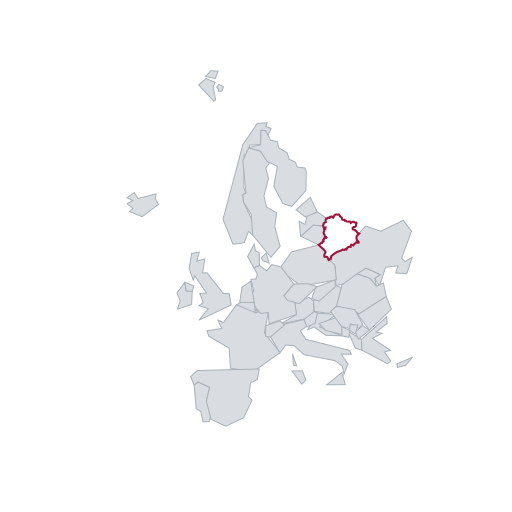 Europe, with Belarus highlighted, rotated 324°
{"feature_id": "BLR", "entity_name": "Belarus", "entity_type": "country or territory", "adm_level": 0, "iso_a3": "BLR", "parent_name": "Europe", "parent_adm1": "", "projection": "orthographic", "projection_center": [28.129, 53.705], "detail": "medium", "context": "in_parent", "style": "outline", "palette": "rose", "viewbox_px": 512, "rotation_deg": 324, "n_neighbors": 37, "source": "natural_earth", "source_scale": "50m", "svg_char_len": 9198}
<svg xmlns="http://www.w3.org/2000/svg" viewBox="0 0 512 512"><g transform="rotate(324 256 256)"><path d="M310.1,83.9L319.8,82.9L325.0,91.5L320.7,93.9L315.1,106.0L312.9,105.9L310.1,83.9ZM343.2,161.7L336.3,165.6L337.4,160.2L333.9,157.2L325.2,168.6L315.8,162.4L310.9,169.3L305.7,167.3L286.2,193.7L284.9,199.3L281.6,198.5L277.6,205.1L273.1,228.5L265.7,237.0L264.4,231.6L254.2,238.3L244.3,233.0L250.9,206.9L310.6,158.3L335.1,149.5L343.4,154.8L340.0,157.0L343.2,161.7ZM334.0,84.1L327.5,88.5L320.7,81.1L328.3,79.6L334.0,84.1ZM329.3,99.8L325.3,102.5L322.5,100.6L323.9,98.8L323.2,96.4L326.7,95.3L329.3,99.8Z" fill="#d9dde1" stroke="#a8b0b8" stroke-width="1"/><path d="M211.5,284.0L232.7,308.9L217.6,323.1L218.6,348.3L185.8,347.9L169.4,331.8L180.1,314.6L170.6,293.1L172.4,287.7L185.7,294.5L187.6,285.6L190.6,290.7L211.5,284.0ZM222.1,366.4L228.0,356.6L224.3,368.7L222.1,366.4Z" fill="#d9dde1" stroke="#a8b0b8" stroke-width="1"/><path d="M265.7,237.0L276.5,219.7L277.6,205.1L281.6,198.5L284.9,199.3L301.4,171.0L313.8,164.2L321.3,173.9L321.3,188.8L315.6,190.6L311.8,200.5L297.8,212.0L293.3,222.5L298.1,233.3L288.7,242.8L281.1,262.5L267.2,265.8L265.7,237.0Z" fill="#d9dde1" stroke="#a8b0b8" stroke-width="1"/><path d="M373.2,348.2L381.7,348.8L367.6,358.9L359.1,351.9L365.2,347.4L354.3,341.3L338.1,352.8L339.0,343.9L345.4,343.9L337.9,330.6L317.6,333.2L303.2,326.9L313.7,311.7L312.3,302.4L317.5,300.3L347.0,305.0L348.7,299.2L362.3,296.1L371.4,309.3L396.1,313.7L396.4,327.3L372.5,343.4L373.2,348.2Z" fill="#d9dde1" stroke="#a8b0b8" stroke-width="1"/><path d="M313.3,283.9L314.2,293.7L311.2,295.1L314.4,309.5L307.1,322.4L274.9,307.3L268.4,285.4L269.8,279.4L287.2,273.6L313.3,283.9Z" fill="#d9dde1" stroke="#a8b0b8" stroke-width="1"/><path d="M276.2,326.0L269.4,336.3L261.7,337.0L235.9,325.5L254.3,327.1L259.8,316.9L274.5,320.4L276.2,326.0Z" fill="#d9dde1" stroke="#a8b0b8" stroke-width="1"/><path d="M303.2,326.9L306.1,331.4L296.1,342.9L281.6,345.6L270.6,335.2L276.2,326.0L303.2,326.9Z" fill="#d9dde1" stroke="#a8b0b8" stroke-width="1"/><path d="M327.0,329.7L337.9,330.6L345.4,343.9L339.0,343.9L335.6,351.4L335.0,341.0L327.0,329.7Z" fill="#d9dde1" stroke="#a8b0b8" stroke-width="1"/><path d="M335.6,351.4L343.2,352.8L337.5,365.3L305.3,363.4L291.6,343.9L308.6,329.9L327.0,329.7L335.0,341.0L335.6,351.4Z" fill="#d9dde1" stroke="#a8b0b8" stroke-width="1"/><path d="M327.7,271.0L323.0,281.5L313.3,283.9L303.7,266.2L320.6,264.7L327.7,271.0Z" fill="#d9dde1" stroke="#a8b0b8" stroke-width="1"/><path d="M331.4,256.3L335.2,266.7L327.7,271.0L320.6,264.7L303.7,266.2L311.3,253.2L314.2,259.3L322.5,252.1L331.4,256.3Z" fill="#d9dde1" stroke="#a8b0b8" stroke-width="1"/><path d="M334.4,240.5L331.4,256.3L318.8,253.4L315.5,242.1L334.4,240.5Z" fill="#d9dde1" stroke="#a8b0b8" stroke-width="1"/><path d="M269.8,279.4L270.1,300.9L255.3,304.6L259.8,316.9L254.3,327.1L226.7,318.6L232.7,308.9L226.1,305.4L225.2,297.4L229.0,284.3L233.7,282.7L238.2,271.9L242.4,274.5L246.4,271.6L247.3,264.1L253.3,265.6L255.9,274.2L263.8,272.3L269.8,279.4Z" fill="#d9dde1" stroke="#a8b0b8" stroke-width="1"/><path d="M303.9,360.0L305.3,363.4L337.5,365.3L334.2,378.6L304.1,382.7L303.9,360.0Z" fill="#d9dde1" stroke="#a8b0b8" stroke-width="1"/><path d="M323.1,429.9L312.8,432.4L305.1,429.3L306.4,426.1L323.1,429.9ZM292.3,385.5L325.9,382.0L322.5,387.6L308.4,388.1L312.4,392.6L301.7,390.9L309.3,411.5L303.6,409.1L303.2,420.5L299.0,420.3L286.3,394.3L292.3,385.5Z" fill="#d9dde1" stroke="#a8b0b8" stroke-width="1"/><path d="M292.3,385.5L286.3,394.3L282.3,389.0L286.1,370.4L292.3,385.5Z" fill="#d9dde1" stroke="#a8b0b8" stroke-width="1"/><path d="M272.1,338.2L286.3,350.4L265.7,350.6L278.5,371.1L265.7,361.0L261.4,347.7L254.7,345.9L272.1,338.2Z" fill="#d9dde1" stroke="#a8b0b8" stroke-width="1"/><path d="M237.2,322.5L239.3,331.5L221.9,332.3L216.5,326.5L222.8,318.1L237.2,322.5Z" fill="#d9dde1" stroke="#a8b0b8" stroke-width="1"/><path d="M223.9,297.3L224.4,302.7L222.1,301.4L223.9,297.3Z" fill="#d9dde1" stroke="#a8b0b8" stroke-width="1"/><path d="M227.3,292.5L222.1,301.4L211.5,284.0L223.4,285.6L227.3,292.5Z" fill="#d9dde1" stroke="#a8b0b8" stroke-width="1"/><path d="M236.9,273.2L227.3,292.5L215.6,283.9L226.3,273.0L236.9,273.2Z" fill="#d9dde1" stroke="#a8b0b8" stroke-width="1"/><path d="M130.1,324.1L135.0,323.5L141.3,335.0L130.6,344.1L128.5,356.3L120.8,362.4L115.6,359.0L119.9,349.6L117.9,344.3L130.1,324.1Z" fill="#d9dde1" stroke="#a8b0b8" stroke-width="1"/><path d="M123.6,361.8L130.6,344.1L141.3,335.0L135.0,323.5L130.1,324.1L132.2,315.2L141.1,314.1L192.2,349.3L184.6,356.7L177.3,355.4L167.3,365.3L168.1,370.3L150.8,379.5L131.4,375.8L123.6,361.8Z" fill="#d9dde1" stroke="#a8b0b8" stroke-width="1"/><path d="M183.5,247.3L175.4,257.3L161.2,252.9L168.4,247.6L170.4,239.4L183.0,235.5L179.0,243.0L183.5,247.3Z" fill="#d9dde1" stroke="#a8b0b8" stroke-width="1"/><path d="M240.4,328.4L257.4,335.5L256.9,342.7L247.9,342.5L247.3,352.7L276.2,387.4L275.2,391.5L267.3,385.4L266.9,397.3L257.5,403.5L261.2,395.9L258.2,386.9L236.9,364.1L234.0,350.8L227.7,345.5L218.6,348.3L220.1,330.0L240.4,328.4ZM237.4,401.7L256.9,400.8L252.6,412.5L237.4,401.7ZM217.5,370.2L226.1,376.2L223.2,385.9L217.7,386.5L217.5,370.2Z" fill="#d9dde1" stroke="#a8b0b8" stroke-width="1"/><path d="M253.3,265.6L247.3,264.1L248.9,251.5L261.7,245.2L258.6,251.3L260.5,255.3L253.3,265.6ZM266.0,259.5L262.5,269.3L258.9,263.9L259.1,260.5L266.0,259.5Z" fill="#d9dde1" stroke="#a8b0b8" stroke-width="1"/><path d="M183.5,247.3L179.0,243.0L183.0,235.5L188.1,243.6L183.5,247.3ZM194.2,257.0L194.8,236.1L191.1,238.4L194.5,226.9L205.4,216.1L212.4,219.6L204.8,225.4L212.9,228.2L202.8,238.4L206.5,240.8L207.5,267.1L212.2,270.7L207.1,281.0L172.2,274.4L186.4,270.6L180.6,262.6L185.9,262.6L188.6,253.3L194.2,257.0Z" fill="#d9dde1" stroke="#a8b0b8" stroke-width="1"/><path d="M211.7,147.0L208.0,150.6L207.4,156.9L186.9,157.2L179.8,145.7L184.4,145.3L182.5,137.9L188.9,138.7L185.9,133.1L194.8,133.1L194.3,140.1L211.7,147.0Z" fill="#d9dde1" stroke="#a8b0b8" stroke-width="1"/><path d="M257.4,335.5L270.6,335.2L272.1,338.2L264.2,345.3L255.5,343.2L257.4,335.5Z" fill="#d9dde1" stroke="#a8b0b8" stroke-width="1"/><path d="M337.4,160.2L335.9,171.0L340.6,176.1L337.9,181.9L341.8,190.7L339.8,197.4L343.0,203.1L341.7,208.3L347.3,213.5L346.1,217.5L334.8,232.4L314.0,236.8L308.6,229.4L311.4,210.1L325.9,196.0L320.5,185.7L321.3,173.9L313.8,164.2L325.2,168.6L333.9,157.2L337.4,160.2Z" fill="#d9dde1" stroke="#a8b0b8" stroke-width="1"/><path d="M306.0,321.8L302.0,327.6L280.4,329.5L276.1,323.2L285.8,316.4L306.0,321.8Z" fill="#d9dde1" stroke="#a8b0b8" stroke-width="1"/><path d="M270.1,300.9L281.7,308.9L287.3,316.6L263.1,320.2L255.5,310.5L255.3,304.6L270.1,300.9Z" fill="#d9dde1" stroke="#a8b0b8" stroke-width="1"/><path d="M279.3,369.9L268.7,357.3L267.4,347.6L285.8,353.3L285.2,363.4L279.3,369.9Z" fill="#d9dde1" stroke="#a8b0b8" stroke-width="1"/><path d="M301.3,374.8L304.1,382.7L290.0,383.4L291.6,376.0L301.3,374.8Z" fill="#d9dde1" stroke="#a8b0b8" stroke-width="1"/><path d="M283.8,344.7L291.6,343.9L304.3,357.4L302.3,373.8L296.5,375.0L292.8,366.6L289.2,369.8L283.8,363.6L283.8,344.7Z" fill="#d9dde1" stroke="#a8b0b8" stroke-width="1"/><path d="M288.0,371.4L283.4,376.4L278.5,371.1L283.8,363.6L288.0,371.4Z" fill="#d9dde1" stroke="#a8b0b8" stroke-width="1"/><path d="M290.5,377.4L288.0,371.4L291.7,366.9L297.9,371.7L290.5,377.4Z" fill="#d9dde1" stroke="#a8b0b8" stroke-width="1"/><path d="M352.7,298.6L350.7,298.6L350.1,299.1L349.4,298.9L348.9,299.2L347.9,300.4L347.5,301.1L346.9,302.8L347.4,304.7L347.0,305.5L346.5,305.4L345.9,305.0L345.8,304.4L345.1,303.8L342.1,304.2L341.0,304.7L340.2,303.1L339.8,302.8L338.6,303.5L338.0,304.3L337.6,304.1L337.3,303.5L335.3,302.9L334.4,303.3L333.7,303.1L333.1,303.9L332.9,304.0L332.8,303.9L332.8,303.2L332.4,303.0L330.9,303.0L330.1,301.8L328.3,301.6L323.5,300.2L320.0,300.1L316.5,300.4L316.1,301.1L314.5,302.5L313.2,302.0L312.7,302.2L312.6,302.9L312.4,302.1L312.4,301.4L312.9,300.6L312.8,300.1L313.1,299.4L313.1,298.8L312.9,298.3L311.0,297.0L310.9,296.7L312.2,295.0L314.4,293.9L314.6,293.6L314.7,293.1L314.6,290.4L313.6,286.4L313.3,283.7L314.4,284.0L316.6,283.8L317.2,284.3L318.6,283.7L319.3,283.8L319.6,282.6L319.8,282.4L320.6,282.6L321.3,281.9L322.6,281.4L322.9,282.0L322.8,282.3L323.1,282.6L323.9,282.5L323.9,281.7L323.0,281.1L323.4,280.1L323.9,279.3L323.9,278.0L324.2,277.1L324.6,276.5L325.7,276.1L326.1,275.8L326.5,274.9L328.1,274.9L328.3,274.3L328.9,273.8L327.4,273.2L328.0,271.6L328.1,270.6L329.1,270.3L329.7,269.5L330.2,269.3L332.5,269.6L332.8,268.7L334.0,267.4L334.9,266.9L335.7,267.6L336.2,267.3L336.9,267.3L337.2,267.5L337.7,268.4L338.0,268.5L339.0,267.8L340.5,268.5L340.7,268.9L340.5,269.7L341.1,270.5L343.1,269.2L344.4,269.1L345.4,269.6L346.2,270.5L347.0,271.0L347.2,270.9L347.5,271.2L347.5,272.6L347.1,273.3L347.8,274.6L348.0,275.3L347.3,276.4L347.2,277.5L348.9,278.7L348.6,279.7L349.1,280.0L349.7,281.3L350.2,282.0L352.2,283.2L352.3,284.0L352.0,285.0L354.1,285.1L355.3,285.8L355.2,286.4L355.5,286.9L356.7,287.8L356.7,288.5L355.6,289.1L355.4,289.6L354.1,290.6L352.7,290.6L352.2,290.0L351.8,289.9L350.6,290.0L350.0,291.4L351.5,293.4L351.3,293.9L351.4,294.4L351.8,295.1L351.7,295.2L351.7,296.9L352.3,297.6L352.7,298.6Z" fill="none" stroke="#9f1239" stroke-width="2"/></g></svg>